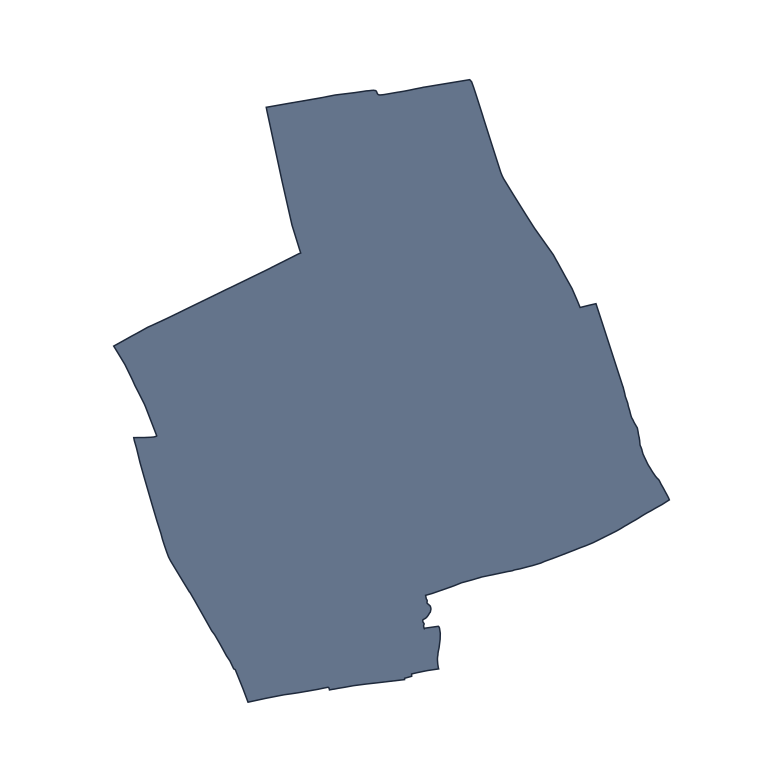 outline of Baleni, Galati, Romania, rotated 349°
{"feature_id": "2599482B3331381217187", "entity_name": "Baleni", "entity_type": "district", "adm_level": 2, "iso_a3": "ROU", "parent_name": "Romania", "parent_adm1": "Galati", "projection": "orthographic", "projection_center": [27.839, 45.802], "detail": "fine", "context": "isolated", "style": "filled", "palette": "slate", "viewbox_px": 768, "rotation_deg": 349, "n_neighbors": 0, "source": "geoboundaries", "source_scale": "gbopen_adm2", "svg_char_len": 4643}
<svg xmlns="http://www.w3.org/2000/svg" viewBox="0 0 768 768"><g transform="rotate(349 384 384)"><path d="M321.2,89.9L321.2,93.9L321.5,108.3L321.8,124.6L322.0,134.3L322.6,165.1L324.0,210.5L326.8,236.1L327.2,239.3L327.2,239.6L325.1,239.9L295.6,248.2L295.1,248.4L294.5,248.6L277.3,253.2L251.4,260.1L247.0,261.2L246.3,261.4L203.7,272.8L183.1,278.3L166.4,282.4L162.9,283.2L156.5,285.3L156.3,285.4L145.8,288.7L125.9,295.2L129.0,303.5L133.4,315.5L137.7,331.5L139.2,338.0L141.2,344.8L144.9,357.9L145.5,360.7L151.0,391.4L150.8,391.8L148.2,392.1L145.0,391.8L141.1,391.2L139.0,390.9L136.8,390.5L132.8,389.7L129.8,389.2L128.1,388.9L128.1,389.1L128.1,389.6L128.1,390.6L128.1,392.3L128.2,392.5L128.2,393.0L128.8,399.4L128.9,401.4L129.5,414.6L130.7,429.1L132.0,443.5L133.3,458.0L135.0,475.5L136.2,485.7L136.5,488.2L136.9,494.4L137.7,500.9L138.6,507.3L139.5,512.7L140.8,517.1L149.3,540.3L153.3,551.0L153.6,551.2L154.0,552.3L155.4,556.4L156.8,560.4L163.8,581.4L167.8,593.5L169.9,597.8L173.7,608.8L177.5,620.8L179.9,626.4L182.1,634.9L183.5,636.0L187.4,656.1L189.8,670.4L190.2,670.4L194.4,670.3L207.9,670.0L215.6,670.0L218.4,670.0L226.9,670.0L233.9,670.4L240.9,670.7L260.2,671.1L261.2,671.1L267.2,671.0L270.9,671.0L271.5,671.2L271.7,671.5L271.9,671.7L272.1,672.8L272.1,673.9L275.6,673.9L277.1,674.0L281.4,674.0L284.4,674.1L287.4,674.2L296.3,674.3L309.0,675.1L320.0,676.0L342.5,677.7L347.8,678.1L348.1,676.8L351.8,676.5L355.4,676.2L355.8,673.9L361.2,673.7L368.8,673.6L372.4,673.6L383.3,674.1L383.2,672.4L383.3,670.5L383.3,669.4L383.5,667.8L383.8,665.2L384.1,663.6L384.6,661.9L385.2,660.3L385.6,658.7L386.3,656.8L387.7,653.5L390.4,645.3L391.7,639.4L391.9,634.3L391.7,633.1L391.1,632.2L377.6,631.5L376.9,631.9L376.7,630.9L376.7,630.2L376.7,629.2L376.8,628.7L377.2,628.0L377.5,627.5L377.6,627.2L377.6,626.8L377.5,626.6L377.4,626.3L377.2,625.9L377.0,625.4L376.8,625.0L376.8,624.4L376.9,623.9L377.0,623.2L377.5,622.7L378.3,622.5L379.2,622.1L380.0,622.0L380.9,621.4L382.1,620.6L384.2,618.5L384.7,617.8L385.4,617.2L385.9,616.8L386.2,616.2L386.4,615.5L386.9,614.6L387.1,613.9L387.2,613.3L387.2,612.2L387.1,611.6L387.1,611.0L386.9,610.6L386.6,610.2L386.1,609.5L385.4,608.6L385.0,608.1L384.7,607.7L384.5,607.3L384.5,606.9L384.6,606.3L384.9,605.6L385.0,605.1L385.1,604.6L385.0,604.3L384.9,603.9L384.5,603.1L384.5,599.4L391.5,598.8L414.0,595.5L422.2,593.9L426.6,593.6L433.2,593.1L443.1,592.1L465.4,591.8L469.9,591.7L472.0,591.8L474.4,591.8L476.7,591.4L478.8,591.4L482.1,591.4L491.0,590.8L495.0,590.6L503.8,589.7L507.7,588.8L518.4,587.1L520.1,586.8L539.2,583.4L545.3,582.2L551.0,581.3L558.9,579.7L571.1,576.3L583.4,572.9L585.0,572.4L588.0,571.4L590.7,570.4L593.0,569.5L595.5,568.7L599.1,567.4L601.7,566.5L605.1,565.4L608.6,564.1L611.3,563.0L614.2,561.9L617.9,560.6L621.6,559.5L623.6,558.8L626.4,557.8L630.4,556.5L633.9,555.4L637.9,553.8L640.2,552.9L642.0,552.2L641.6,550.1L640.7,547.0L639.5,543.3L638.6,540.3L637.8,537.9L636.8,535.0L636.1,532.3L635.7,531.1L635.4,530.3L635.0,529.7L634.1,528.5L633.8,527.9L632.9,526.4L631.9,524.0L631.2,522.5L630.7,521.2L630.1,519.7L629.4,517.6L628.7,515.9L628.2,514.6L627.7,513.2L627.3,511.7L626.9,510.1L626.4,508.1L625.8,505.9L625.6,505.2L625.5,504.6L625.3,503.8L625.1,503.0L624.9,502.3L624.8,501.0L624.7,499.8L624.6,498.4L624.6,497.3L624.4,496.4L624.2,495.0L623.9,493.9L623.8,493.5L623.7,492.7L623.9,490.7L624.1,488.8L624.2,488.0L624.2,486.7L624.3,485.4L624.2,483.8L624.2,481.3L624.3,479.5L624.3,478.0L624.3,476.9L624.3,475.8L624.2,475.1L623.6,473.6L623.1,472.0L622.8,471.3L622.3,469.8L622.0,468.8L621.8,468.1L621.8,467.8L621.7,467.6L621.5,466.7L620.9,465.0L620.7,464.4L620.6,463.9L620.4,462.2L620.2,459.5L620.1,457.2L619.8,454.4L619.6,452.3L619.6,449.4L618.8,444.0L618.5,442.3L618.5,441.5L618.5,441.0L618.5,440.6L618.5,439.6L618.4,437.1L618.2,434.2L618.2,432.9L617.9,431.5L617.9,431.3L610.3,368.9L607.4,345.6L600.9,345.8L591.1,346.3L589.6,338.9L586.8,326.2L582.8,314.1L577.7,298.1L576.5,294.6L574.9,289.5L561.5,259.9L558.3,251.8L555.1,243.6L546.9,222.2L540.5,205.1L539.7,202.1L539.0,198.5L535.3,167.3L532.3,141.4L532.2,140.1L530.0,121.2L529.3,115.4L528.8,111.6L528.6,109.9L528.0,106.1L527.7,104.1L526.2,101.6L491.2,100.6L487.1,100.5L480.7,100.3L479.0,100.2L478.1,100.3L470.9,100.3L466.0,100.4L465.1,100.4L460.6,100.4L459.5,100.4L455.9,100.3L455.2,100.3L453.4,100.2L449.0,100.1L443.7,100.0L439.0,99.9L438.3,99.8L437.6,99.8L436.9,99.7L435.1,99.5L434.0,99.1L433.4,98.6L432.9,97.8L432.5,95.6L432.2,94.9L431.8,94.4L430.7,94.0L429.6,93.6L429.2,93.6L427.7,93.4L426.1,93.3L423.9,93.1L422.7,92.9L419.4,92.8L410.8,92.4L399.6,91.6L391.2,91.0L375.8,91.0L342.9,90.3L324.9,90.0L321.2,89.9Z" fill="#64748b" stroke="#1e293b" stroke-width="1.5"/></g></svg>